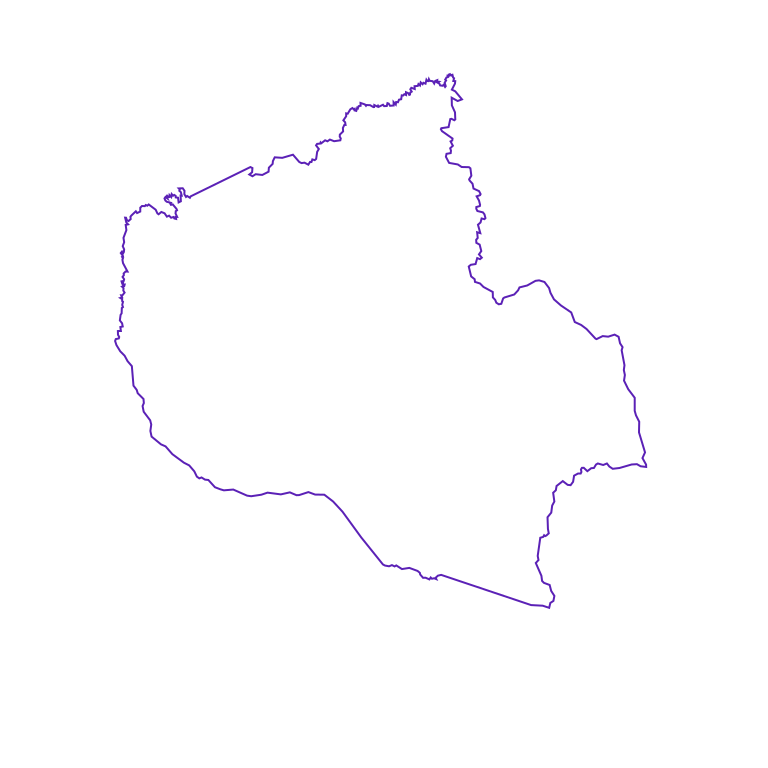 outline of Snuol, Krâchéh, Cambodia, rotated 158°
{"feature_id": "14789045B73173825322549", "entity_name": "Snuol", "entity_type": "district", "adm_level": 2, "iso_a3": "KHM", "parent_name": "Cambodia", "parent_adm1": "Krâchéh", "projection": "equal_earth", "projection_center": [106.435, 12.231], "detail": "fine", "context": "isolated", "style": "outline", "palette": "violet", "viewbox_px": 768, "rotation_deg": 158, "n_neighbors": 0, "source": "geoboundaries", "source_scale": "gbopen_adm2", "svg_char_len": 6166}
<svg xmlns="http://www.w3.org/2000/svg" viewBox="0 0 768 768"><g transform="rotate(158 384 384)"><path d="M204.5,638.1L206.2,639.0L204.5,641.2L205.1,642.3L204.7,645.1L205.4,645.2L205.4,644.3L206.8,645.4L206.8,646.6L208.2,646.6L208.7,645.3L209.6,645.9L209.9,644.6L211.3,644.8L213.2,643.3L212.7,642.2L214.9,640.6L215.2,637.0L216.1,636.5L216.6,639.1L218.0,638.6L220.1,639.8L220.1,641.7L221.5,643.4L219.9,643.7L221.6,644.7L220.9,645.8L223.0,645.8L224.9,643.8L225.4,646.5L228.1,648.0L228.2,649.8L229.4,648.2L230.4,648.7L230.7,650.2L233.0,646.9L234.6,648.5L235.9,647.5L237.0,649.9L238.8,647.3L239.7,649.2L241.0,647.7L244.1,648.7L245.0,646.0L247.7,648.4L249.2,647.4L248.8,644.7L250.5,644.4L251.5,642.6L252.3,642.6L252.7,644.7L254.3,646.3L255.3,643.7L256.6,645.1L258.1,644.3L259.4,645.0L261.4,641.6L263.6,642.0L265.5,640.0L267.1,640.9L268.4,638.7L269.5,641.8L270.7,638.6L274.2,639.7L274.6,642.2L275.6,643.1L277.3,640.7L279.8,641.6L280.3,643.3L285.1,643.0L285.3,644.3L286.2,643.7L288.5,646.3L289.4,644.5L290.1,644.7L292.4,647.7L295.7,649.2L296.5,648.7L297.0,650.4L300.5,653.4L301.5,650.7L303.4,651.1L304.9,649.4L305.3,650.2L307.4,647.6L308.8,648.7L308.1,650.2L309.3,650.3L309.9,651.7L312.3,651.3L316.4,648.2L317.7,649.1L318.8,646.4L322.9,643.7L322.0,641.2L322.6,638.6L323.7,639.1L326.2,636.8L327.3,633.5L331.5,631.8L332.4,629.9L332.1,627.9L333.2,626.3L339.3,627.8L342.6,630.9L345.5,630.2L347.3,632.0L351.9,630.7L352.3,631.7L353.0,630.8L356.1,631.7L357.6,630.7L356.4,626.3L359.0,624.3L362.6,618.1L364.4,617.5L366.3,619.1L368.1,617.0L369.4,617.6L372.0,615.7L374.8,619.0L377.7,619.7L379.4,621.6L382.5,630.7L393.6,631.8L400.4,635.1L403.5,632.3L404.8,629.8L409.7,627.7L411.5,624.1L418.5,623.4L424.4,626.6L428.1,625.9L430.4,628.7L427.0,629.7L425.1,633.5L426.6,635.2L493.0,630.4L494.2,629.4L496.1,632.1L497.5,631.6L498.0,634.8L496.6,637.9L497.3,640.9L501.0,642.2L500.5,640.9L501.4,639.8L500.5,638.0L501.0,634.4L502.0,634.9L503.9,629.5L506.4,629.3L505.2,633.9L507.2,635.0L506.7,636.5L507.7,637.9L509.0,637.6L509.7,639.6L511.2,637.1L512.1,639.5L513.0,637.8L513.9,638.0L514.6,639.9L515.5,639.4L515.4,637.3L516.6,639.2L518.0,638.3L518.0,636.1L517.2,634.4L513.7,631.8L514.6,631.2L514.4,629.9L512.6,629.7L510.8,624.1L510.8,622.6L512.3,622.3L513.4,620.2L513.2,616.4L514.4,616.9L514.9,614.9L516.4,616.0L516.5,617.7L519.1,617.9L520.2,620.6L522.6,620.5L523.5,624.5L526.0,626.9L529.4,625.8L530.2,627.1L530.4,631.1L534.9,638.6L536.7,638.0L537.8,639.2L539.1,638.5L541.7,639.7L543.9,638.8L545.4,635.2L548.9,635.0L549.4,637.1L555.2,634.8L556.4,634.1L557.1,631.8L559.8,630.8L561.0,632.2L560.9,634.8L561.7,635.2L562.4,630.3L561.5,627.9L563.9,628.3L565.2,623.2L570.8,617.1L571.8,612.8L574.6,609.7L574.5,606.2L575.7,603.9L577.3,602.6L577.4,604.9L579.0,604.0L578.1,600.5L578.3,599.6L579.2,599.8L579.1,598.1L580.0,597.2L580.7,593.8L579.7,584.3L581.5,585.1L584.0,584.0L584.4,582.4L586.3,581.2L585.7,578.5L586.7,577.1L588.9,577.5L589.1,575.3L588.1,575.3L588.7,573.9L587.2,573.4L588.2,572.1L590.4,572.4L589.6,570.4L590.7,568.3L590.3,565.9L593.4,564.2L594.5,564.7L594.4,562.3L596.2,562.5L595.0,560.8L595.7,559.0L595.2,558.0L597.1,555.4L597.2,553.1L598.6,552.7L600.8,547.8L602.3,546.8L605.1,541.9L604.1,538.4L604.7,535.2L607.1,535.6L608.1,531.7L610.9,532.8L612.2,529.3L611.9,526.8L612.8,525.6L615.9,526.1L617.2,524.6L617.5,520.3L616.3,513.1L613.9,507.4L613.2,501.2L611.1,495.0L616.9,476.3L615.5,471.2L615.8,467.7L612.6,460.2L613.8,456.3L616.1,454.0L617.2,448.3L614.4,437.9L615.0,433.6L618.2,428.0L619.2,422.3L613.4,411.6L609.9,408.0L606.5,398.2L599.0,386.0L595.1,381.5L592.6,374.1L592.2,368.2L590.6,365.7L588.2,365.7L585.8,362.4L582.8,360.8L579.4,351.6L575.1,347.6L572.3,345.4L563.3,342.6L552.8,331.8L549.2,329.7L539.2,327.3L532.7,326.9L521.0,320.3L511.9,318.8L506.8,313.7L504.3,312.8L494.6,312.1L489.3,307.3L480.8,303.7L475.2,294.1L470.3,281.1L462.6,250.3L452.6,217.1L451.1,215.3L447.6,213.1L444.5,213.1L442.5,210.9L440.6,211.2L436.7,205.7L429.4,204.0L422.9,198.1L421.5,195.5L421.8,193.8L420.4,189.7L418.0,188.8L415.1,185.8L413.2,187.1L412.5,185.5L410.3,185.1L408.6,183.5L408.7,185.0L405.8,186.1L402.5,185.6L330.4,123.9L319.9,119.0L314.7,114.6L311.8,118.7L308.2,119.4L305.4,123.7L306.5,129.5L305.7,135.6L310.2,139.7L311.2,142.2L309.9,147.2L310.3,161.2L306.7,162.9L305.9,167.0L296.7,182.9L293.7,182.6L292.2,183.8L291.6,182.6L290.2,182.7L287.2,183.8L286.3,188.2L282.3,199.2L277.1,202.1L273.6,208.3L270.1,211.2L267.9,219.8L264.5,221.1L262.2,224.8L254.6,227.0L251.5,221.7L248.9,220.3L245.3,222.5L242.1,227.8L237.7,228.3L235.2,227.3L233.9,228.5L233.4,231.0L231.9,232.1L230.2,231.5L228.1,227.0L223.4,228.3L220.8,227.5L217.6,229.9L215.5,230.2L211.1,226.8L207.1,226.8L206.0,223.1L203.7,219.7L197.1,217.9L184.5,216.6L179.5,214.9L176.9,211.6L172.0,208.9L171.2,211.1L172.1,218.5L167.6,222.8L165.7,243.6L161.5,253.4L162.1,260.6L161.6,265.2L156.7,277.3L159.5,287.7L160.2,297.2L157.3,302.1L156.4,307.1L154.0,311.3L151.0,326.3L149.0,328.8L149.9,333.3L148.8,339.9L151.7,343.4L158.4,343.9L163.3,346.5L170.1,346.0L170.9,346.8L175.6,359.1L179.1,364.9L183.9,370.0L183.6,380.2L190.5,390.5L194.7,398.8L195.5,406.2L195.0,411.1L197.0,418.5L201.4,422.0L204.9,422.9L214.3,421.7L222.2,422.8L224.6,420.6L229.7,418.2L240.0,419.1L241.5,418.7L245.2,414.4L247.7,414.9L249.4,417.3L249.4,420.3L250.6,423.5L248.7,428.6L255.4,436.7L257.3,441.2L261.4,444.6L260.7,447.2L262.9,451.1L261.4,461.2L258.8,462.0L254.2,460.9L250.4,465.8L248.2,463.8L246.0,464.5L247.4,468.6L244.0,470.8L243.1,477.4L245.5,480.3L244.5,483.2L242.4,484.3L240.8,489.8L238.2,487.8L237.2,496.5L234.0,497.6L231.5,500.9L229.1,499.2L227.8,499.8L227.3,503.7L228.0,506.1L232.6,509.4L232.8,511.9L232.1,513.5L228.5,513.1L227.8,514.1L227.2,518.5L227.8,523.3L224.2,523.1L223.3,523.9L223.6,527.2L227.8,531.7L226.9,536.5L228.4,540.6L228.4,541.9L225.0,544.4L223.1,551.6L224.0,553.2L230.7,556.1L233.3,559.9L240.8,564.6L241.5,571.5L239.8,574.0L235.7,573.1L234.5,575.2L234.3,577.8L230.9,579.1L231.4,584.0L229.5,584.2L228.5,585.9L235.5,596.7L235.8,599.0L235.0,599.7L227.9,598.0L223.3,604.8L222.1,604.6L220.0,602.2L218.8,602.6L216.4,609.3L216.7,616.9L214.0,624.1L209.7,618.8L205.1,618.7L208.3,628.7L210.8,631.5L205.7,635.9L204.5,638.1Z" fill="none" stroke="#5b21b6" stroke-width="2"/></g></svg>